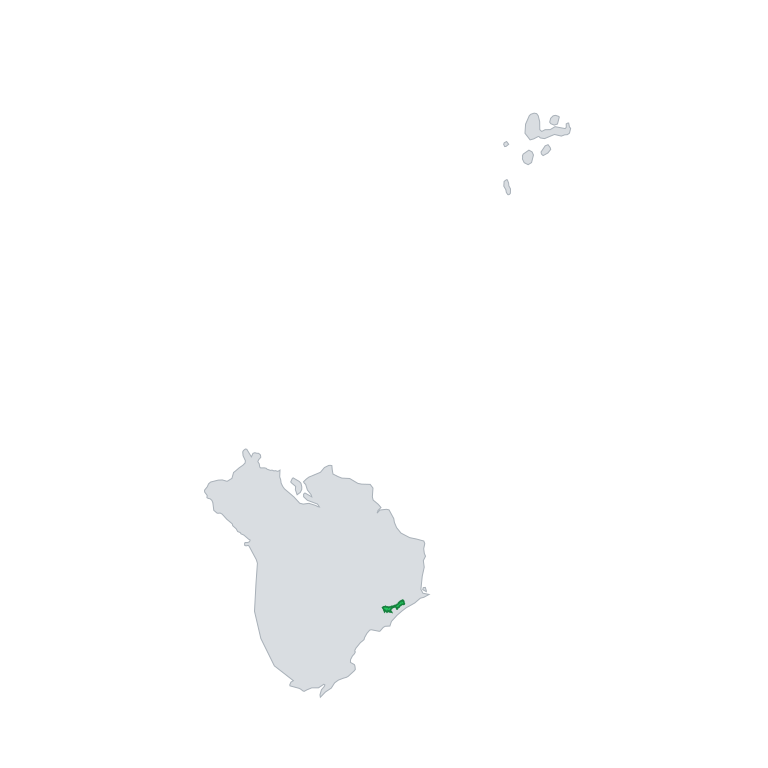 Mira, Carchi, Ecuador shown in context, rotated 113°
{"feature_id": "8360857B23467138047954", "entity_name": "Mira", "entity_type": "district", "adm_level": 2, "iso_a3": "ECU", "parent_name": "Ecuador", "parent_adm1": "Carchi", "projection": "mercator", "projection_center": [-78.218, 0.717], "detail": "fine", "context": "in_parent", "style": "filled", "palette": "green", "viewbox_px": 768, "rotation_deg": 113, "n_neighbors": 0, "source": "geoboundaries", "source_scale": "gbopen_adm2", "svg_char_len": 7411}
<svg xmlns="http://www.w3.org/2000/svg" viewBox="0 0 768 768"><g transform="rotate(113 384 384)"><path d="M697.2,320.2L695.1,321.5L689.9,322.1L685.8,320.8L684.1,320.8L683.9,322.1L689.3,325.6L691.9,331.8L695.7,335.5L698.1,337.4L698.2,338.7L697.5,341.2L697.3,343.2L698.6,352.6L697.7,353.2L694.8,353.2L692.5,351.5L686.3,374.8L666.4,397.9L643.8,414.4L617.6,423.9L598.4,430.5L595.5,433.0L586.1,444.7L585.6,445.8L586.9,447.8L587.0,449.1L585.6,449.9L584.4,450.0L583.9,449.4L583.5,448.0L582.2,446.5L580.7,446.1L579.8,446.5L579.8,447.8L577.8,454.1L577.8,457.1L576.9,458.3L577.0,461.0L575.0,463.6L573.6,467.8L572.0,469.1L570.0,475.7L567.0,482.2L566.8,484.4L567.7,486.0L568.1,487.2L566.8,491.3L560.1,495.2L558.3,497.1L557.6,499.3L558.0,501.1L557.8,502.6L555.7,503.2L553.5,506.9L551.8,507.7L547.6,506.5L544.5,506.5L542.0,505.3L537.3,499.1L535.5,495.4L534.9,490.4L530.3,487.1L524.2,487.9L522.3,486.8L517.8,484.6L514.0,482.2L511.0,481.0L508.8,481.6L505.1,485.7L501.7,487.5L500.1,487.4L498.0,486.2L497.7,484.8L502.9,477.6L499.0,477.5L497.7,476.0L497.5,474.2L496.8,472.3L497.6,470.0L499.6,468.8L502.7,469.8L504.8,469.8L506.2,467.7L508.9,466.0L509.5,464.9L508.0,461.5L507.6,459.6L508.1,458.5L507.9,454.8L507.0,453.4L507.0,451.3L506.2,450.1L505.9,447.5L503.9,446.1L510.3,443.7L512.5,441.7L515.4,440.0L517.8,437.3L519.4,434.7L523.2,422.6L526.7,415.0L526.1,411.4L523.2,406.5L522.5,399.3L522.8,397.1L522.4,395.4L520.5,398.4L521.0,409.1L519.2,413.9L516.8,415.0L515.2,414.2L516.1,406.4L514.4,407.8L511.5,413.1L506.9,417.0L506.6,418.3L505.5,419.9L501.9,418.4L499.1,416.8L490.1,408.0L484.2,406.2L480.6,403.1L479.9,401.8L479.5,400.1L483.1,398.2L486.8,395.8L487.2,390.3L487.1,386.0L484.4,378.7L485.7,369.2L484.9,365.4L481.8,357.5L484.1,353.5L492.5,350.6L495.1,348.6L497.0,342.3L498.9,338.5L502.6,340.1L505.6,339.9L501.6,338.5L498.4,332.8L497.9,330.2L504.1,322.4L507.3,320.4L511.3,316.3L514.6,310.1L515.4,300.4L514.0,293.4L513.0,286.0L515.0,284.1L520.1,283.1L524.2,280.7L526.3,278.5L531.2,278.8L536.9,275.4L546.0,273.7L558.6,269.8L561.4,266.4L560.1,260.3L564.8,264.0L567.0,266.9L573.5,270.1L581.1,276.0L586.2,278.9L591.7,281.6L599.6,284.4L604.5,284.0L606.6,288.3L608.4,289.6L613.0,291.1L613.5,291.7L615.2,299.8L616.2,301.0L620.2,302.3L625.1,302.8L627.1,302.5L631.4,304.7L638.0,306.6L640.4,306.8L641.4,306.5L641.8,305.7L643.8,305.8L646.7,306.8L650.8,307.1L653.4,306.1L653.9,301.6L654.9,300.6L657.9,298.9L659.4,299.2L667.2,302.8L668.8,304.1L670.8,306.6L674.4,310.3L678.4,312.7L684.5,313.7L690.4,317.6L697.2,320.2ZM84.1,315.1L86.5,317.6L87.7,324.6L95.4,332.1L96.4,336.2L95.7,338.2L96.1,338.9L99.8,341.9L102.2,344.9L98.1,352.2L89.5,355.2L80.3,355.1L78.4,354.3L76.0,351.6L75.5,349.1L76.9,346.8L81.7,343.2L89.0,340.0L89.9,337.5L87.0,335.1L84.9,330.4L80.3,327.1L78.1,317.0L76.5,316.5L73.4,317.9L71.9,316.7L71.6,316.0L75.0,313.7L75.7,312.1L80.6,311.3L82.8,312.6L84.1,315.1ZM120.0,345.7L118.0,345.7L112.1,342.0L112.5,338.4L114.8,335.9L122.5,334.7L125.8,337.0L125.5,341.4L122.8,344.5L120.8,345.1L120.0,345.7ZM511.3,430.2L510.6,431.6L507.0,431.5L505.9,431.0L506.8,424.0L507.8,421.7L510.8,419.5L513.3,418.5L516.5,418.7L519.9,420.7L515.9,424.3L512.8,425.3L511.3,430.2ZM78.2,333.8L74.3,334.4L71.1,333.1L69.7,331.1L69.4,328.0L69.7,327.0L76.9,325.9L79.2,328.5L79.2,332.2L78.2,333.8ZM155.1,351.0L150.6,352.6L148.1,351.1L147.9,350.2L150.4,347.8L152.8,346.5L155.0,343.8L159.0,342.2L160.2,342.5L161.0,343.1L161.3,344.0L159.9,346.2L157.5,347.8L155.1,351.0ZM110.8,328.9L109.1,330.1L101.8,328.7L99.6,326.5L101.4,323.5L102.9,322.2L107.3,323.4L111.6,326.8L110.8,328.9ZM116.6,367.5L115.0,367.6L112.9,365.9L114.6,362.9L117.6,364.5L118.3,365.7L116.6,367.5ZM558.2,268.0L556.1,268.3L555.1,266.5L557.7,264.3L558.6,263.9L558.2,268.0Z" fill="#d9dde1" stroke="#a8b0b8" stroke-width="1"/><path d="M593.6,294.4L592.4,294.4L592.2,294.7L591.9,294.7L591.9,294.2L592.1,293.9L592.2,293.5L592.2,293.3L592.2,293.0L592.4,292.9L592.4,292.7L592.5,292.6L592.7,292.4L592.8,292.3L592.9,292.1L592.6,292.0L592.5,291.9L592.3,291.7L592.2,291.7L591.7,291.4L591.5,291.5L591.4,291.5L591.2,291.7L591.0,291.8L591.0,291.7L591.1,291.3L591.1,291.1L591.3,290.9L591.4,290.7L591.5,290.6L591.6,290.4L591.6,290.1L591.5,289.9L591.5,289.6L591.6,289.4L591.4,289.1L591.3,288.9L591.3,288.6L591.2,288.3L591.0,288.0L591.0,287.8L590.9,287.9L590.8,288.2L590.8,288.3L590.6,288.6L590.5,288.8L590.4,288.9L590.5,288.9L590.5,289.1L590.7,289.3L590.8,289.3L590.8,289.5L590.6,289.6L590.5,289.8L590.4,289.8L590.2,289.9L589.9,289.7L589.7,289.6L589.3,289.7L589.2,289.8L588.6,289.8L588.5,289.7L588.3,289.6L588.2,289.5L588.2,289.4L587.9,289.2L587.7,289.2L587.3,289.1L587.1,289.2L586.7,288.9L586.6,289.0L586.6,288.9L585.0,287.0L584.8,286.7L584.5,286.5L584.5,286.4L584.7,286.0L584.7,285.9L584.8,285.8L584.9,285.6L584.7,285.5L584.7,285.4L584.8,285.1L585.3,284.9L585.5,284.9L585.7,284.7L585.8,284.6L585.9,284.4L586.0,284.3L586.2,284.1L586.1,283.9L585.9,283.8L585.6,283.9L585.4,283.9L585.1,283.7L584.9,283.7L584.4,284.0L584.1,283.8L583.9,283.3L583.7,283.1L583.6,282.9L582.9,282.9L582.7,282.9L582.5,283.1L582.2,283.0L581.9,282.9L581.8,282.7L581.7,282.4L581.6,282.2L581.4,282.2L581.1,282.1L580.7,281.9L580.5,282.0L580.4,282.0L580.4,281.9L580.5,281.6L580.3,281.5L580.2,281.5L579.8,281.5L579.7,281.5L579.6,281.3L579.6,281.2L579.5,280.9L579.5,280.7L579.4,280.6L579.4,280.3L579.3,280.2L579.3,279.9L579.2,279.7L578.9,279.4L578.6,279.4L578.3,279.3L578.2,279.4L578.2,279.5L577.6,280.0L577.4,280.2L577.5,280.3L577.4,280.4L577.2,280.5L576.9,280.6L576.7,280.6L576.4,280.8L576.5,280.9L576.6,281.0L576.6,281.3L576.4,281.4L576.5,281.5L576.4,281.6L576.4,281.8L576.2,281.9L575.9,281.9L575.9,282.0L575.6,282.1L575.5,282.3L575.7,282.5L575.8,282.5L576.1,282.5L576.3,282.6L576.5,282.7L576.5,282.8L576.7,283.0L576.9,283.3L577.1,283.4L577.0,283.5L577.3,283.6L577.3,283.8L577.5,283.9L577.6,284.0L577.7,283.9L577.7,284.0L577.8,284.0L578.0,284.2L578.1,284.3L578.3,284.4L578.7,284.4L578.9,284.4L579.1,284.4L579.1,284.5L579.3,284.7L579.5,284.7L579.5,284.8L579.7,284.7L579.8,284.8L579.9,284.5L580.0,284.5L580.3,284.6L580.5,284.6L580.6,284.8L580.8,284.8L580.9,285.0L581.0,285.1L581.2,285.3L581.4,285.5L581.5,285.7L581.8,285.6L582.0,285.7L582.2,285.8L582.3,285.8L582.4,286.0L582.5,286.0L582.8,286.1L582.9,286.3L582.9,286.5L583.0,286.7L583.1,286.8L583.3,286.9L583.4,287.0L583.4,287.3L583.6,287.3L583.9,287.5L584.0,287.5L584.3,287.8L584.4,288.0L584.7,288.1L584.8,288.2L584.9,288.3L585.0,288.3L585.0,288.5L585.3,288.5L585.2,288.7L585.3,289.0L585.2,289.0L585.3,289.1L585.4,289.4L585.4,289.6L585.5,289.6L585.5,289.8L585.8,289.9L585.9,290.4L586.0,290.5L586.3,290.6L586.5,290.7L586.7,290.8L586.7,291.0L586.8,291.1L586.9,291.3L587.0,291.6L587.1,291.8L587.3,292.1L587.6,292.0L587.8,292.2L587.9,292.3L587.9,292.5L588.0,292.5L587.8,292.9L587.8,293.2L587.8,293.3L587.7,293.4L587.8,293.8L588.0,293.9L588.3,294.2L588.3,294.4L588.3,294.6L588.2,294.8L588.1,295.0L588.1,295.3L588.2,295.6L588.1,295.8L588.4,295.9L588.4,296.0L588.5,296.1L588.8,296.1L588.8,296.3L588.8,296.5L589.1,296.8L589.1,297.0L589.3,297.1L589.2,297.2L589.3,297.3L589.4,297.5L589.5,297.6L589.8,297.7L590.1,297.7L590.2,297.8L590.3,297.9L590.4,297.7L590.6,297.6L590.7,297.4L590.8,297.3L590.9,297.2L591.0,297.2L591.1,296.9L591.1,296.7L591.3,296.5L591.3,296.4L591.5,296.2L591.8,296.0L591.8,295.9L591.9,296.0L592.1,296.0L592.2,295.9L592.2,295.7L592.4,295.6L592.5,295.4L592.6,295.2L592.8,294.9L593.0,294.8L593.2,294.6L593.5,294.6L593.6,294.4L593.6,294.4Z" fill="#22c55e" stroke="#15803d" stroke-width="1.5"/></g></svg>